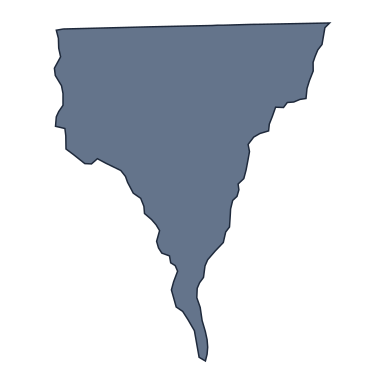 Axixá do Tocantins, Tocantins, Brazil (Natural Earth projection)
{"feature_id": "56859067B57908802564825", "entity_name": "Axixá do Tocantins", "entity_type": "district", "adm_level": 2, "iso_a3": "BRA", "parent_name": "Brazil", "parent_adm1": "Tocantins", "projection": "natural_earth1", "projection_center": [-47.762, -5.681], "detail": "fine", "context": "isolated", "style": "filled", "palette": "slate", "viewbox_px": 384, "rotation_deg": 0, "n_neighbors": 0, "source": "geoboundaries", "source_scale": "gbopen_adm2", "svg_char_len": 1321}
<svg xmlns="http://www.w3.org/2000/svg" viewBox="0 0 384 384"><path d="M182.7,311.4L187.9,319.5L194.4,330.7L199.1,357.3L205.4,361.0L207.1,354.2L207.7,347.2L207.1,339.7L205.3,331.4L202.1,320.5L200.2,307.4L196.8,297.7L197.2,288.3L199.6,282.7L203.5,277.4L205.0,265.9L207.7,259.7L215.3,250.9L223.3,242.5L225.7,232.0L229.5,227.0L230.3,214.7L230.6,208.9L232.7,200.4L237.0,196.4L238.9,189.8L238.1,184.0L243.8,178.6L246.1,169.9L248.0,159.9L249.5,151.6L248.1,144.4L253.7,137.1L259.9,133.5L268.6,130.9L269.3,124.1L272.2,116.8L275.6,107.2L283.5,107.5L287.3,102.5L293.8,102.0L300.0,99.4L306.0,98.5L307.0,88.5L309.4,80.7L313.2,71.0L313.1,62.3L315.1,56.4L317.8,49.9L322.0,44.5L324.9,27.7L329.6,23.0L260.5,24.3L251.3,24.4L230.6,25.0L223.8,25.2L217.7,25.2L212.4,25.5L151.2,26.8L63.4,29.0L56.3,30.2L58.4,38.3L58.7,48.1L60.6,56.8L54.4,68.2L55.3,75.5L61.5,85.7L63.0,93.5L63.0,105.3L58.7,111.6L56.3,116.8L55.5,126.3L64.9,128.5L65.8,135.9L66.0,149.0L73.5,154.6L84.8,163.6L91.5,163.9L97.4,158.7L106.0,163.3L113.0,166.7L120.8,170.5L125.5,176.5L127.6,182.4L133.3,193.2L140.7,198.3L143.9,206.3L144.5,213.5L151.5,219.5L156.1,224.8L159.6,230.6L156.6,241.3L158.5,247.9L161.8,253.1L169.5,255.9L170.7,262.8L175.2,265.6L177.6,271.2L173.6,281.8L171.4,289.9L173.6,297.7L176.2,307.0L182.7,311.4Z" fill="#64748b" stroke="#1e293b" stroke-width="1.5"/></svg>